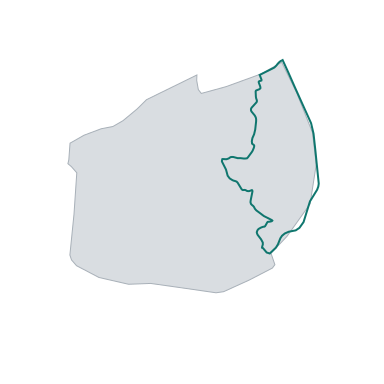 Shiselweni highlighted on a map of eSwatini, rotated 245°
{"feature_id": "SWZ-537", "entity_name": "Shiselweni", "entity_type": "District", "adm_level": 1, "iso_a3": "SWZ", "parent_name": "eSwatini", "parent_adm1": "", "projection": "mercator", "projection_center": [31.425, -27.036], "detail": "fine", "context": "in_parent", "style": "outline", "palette": "teal", "viewbox_px": 384, "rotation_deg": 245, "n_neighbors": 0, "source": "natural_earth", "source_scale": "10m", "svg_char_len": 2468}
<svg xmlns="http://www.w3.org/2000/svg" viewBox="0 0 384 384"><g transform="rotate(245 192 192)"><path d="M270.1,91.5L273.3,94.0L287.8,102.1L289.1,118.1L287.7,136.4L284.8,148.0L285.8,159.6L290.5,177.5L294.9,189.8L296.0,245.9L291.1,243.4L282.1,241.0L277.4,242.1L273.1,267.3L269.8,304.8L271.7,328.1L237.9,328.8L195.0,326.3L164.4,316.2L131.3,294.0L111.7,259.4L103.1,237.7L91.1,236.4L89.1,232.7L88.0,206.3L88.3,178.5L90.5,171.2L112.8,137.1L126.6,115.9L135.2,95.5L153.9,71.5L174.0,56.2L181.4,54.1L186.5,54.7L221.8,75.7L258.1,95.7L266.0,93.4L270.1,91.5Z" fill="#d9dde1" stroke="#a8b0b8" stroke-width="1"/><path d="M159.8,315.2L146.0,310.4L143.6,308.8L141.2,306.4L133.7,295.0L117.6,280.4L114.1,274.2L113.4,269.8L115.1,262.9L115.2,258.6L114.3,255.1L112.7,252.5L108.2,247.7L106.1,244.5L103.4,236.5L105.6,234.1L110.9,232.7L111.5,232.4L111.7,232.0L112.1,232.0L112.8,232.5L114.5,234.0L116.3,234.8L119.9,234.6L125.4,233.4L126.8,233.4L128.2,233.7L129.6,235.1L130.1,236.0L130.4,236.9L130.6,239.5L130.5,241.0L130.3,242.2L130.0,243.0L130.1,243.7L130.6,244.5L132.7,247.4L132.9,248.1L132.7,248.7L132.1,250.4L131.9,251.4L131.9,252.2L132.1,252.7L132.8,252.5L139.8,247.0L148.2,242.5L150.3,241.9L152.0,241.9L153.4,241.6L154.8,240.9L156.3,240.4L158.1,240.7L159.7,241.7L166.9,247.0L167.9,247.3L168.4,247.1L168.6,244.7L168.7,244.0L169.1,243.2L169.6,242.4L171.1,241.3L171.7,240.5L172.0,239.7L172.2,239.0L172.7,238.5L173.8,238.1L181.1,237.3L182.6,236.8L183.9,235.5L184.8,234.4L185.9,233.5L188.4,231.9L191.7,231.2L198.0,232.3L207.0,232.0L208.1,232.6L209.0,233.4L208.5,234.5L207.2,236.9L207.0,238.2L206.9,239.5L207.3,241.6L206.9,243.0L206.2,244.3L203.3,247.8L202.3,250.1L200.3,253.3L199.8,254.5L199.3,256.0L199.7,257.2L203.0,263.2L203.8,264.4L205.9,266.7L207.0,267.6L207.9,268.0L208.8,267.8L209.7,267.2L210.5,266.9L211.6,267.3L212.6,267.6L213.8,268.4L215.4,269.6L218.1,272.7L221.9,275.7L229.0,280.0L230.4,280.7L231.9,281.2L233.4,281.3L234.9,281.2L239.5,280.0L240.8,279.9L242.3,280.5L243.2,281.6L246.1,288.5L247.0,289.3L248.2,289.6L249.6,289.7L251.2,290.1L256.1,292.1L256.7,292.6L256.9,293.1L256.7,296.2L256.8,297.0L257.2,297.9L258.2,298.3L259.5,298.5L262.3,298.7L263.5,298.9L263.9,299.3L264.0,300.1L263.8,301.0L263.7,302.0L264.2,302.4L264.9,302.5L269.5,302.8L269.6,306.1L270.0,319.2L270.9,321.8L271.9,323.7L272.7,325.6L273.2,327.6L273.3,329.9L259.2,329.8L244.1,329.5L221.3,329.2L204.0,329.0L193.5,326.8L177.3,321.3L165.3,317.1L159.8,315.2Z" fill="none" stroke="#0f766e" stroke-width="2"/></g></svg>